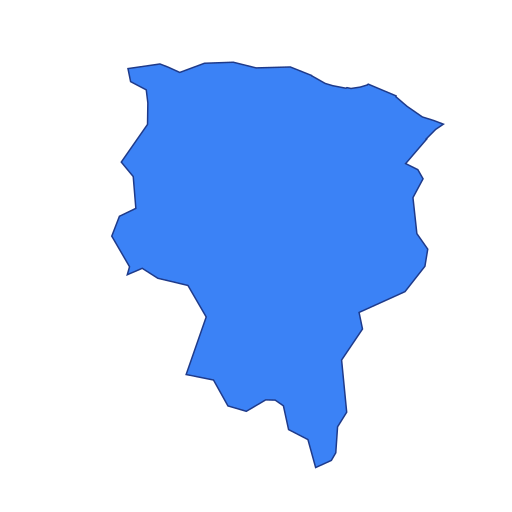 outline of Magherafelt, rotated 283°
{"feature_id": "GBR-2093", "entity_name": "Magherafelt", "entity_type": "District", "adm_level": 1, "iso_a3": "GBR", "parent_name": "United Kingdom", "parent_adm1": "", "projection": "mercator", "projection_center": [-6.651, 54.82], "detail": "fine", "context": "isolated", "style": "filled", "palette": "blue", "viewbox_px": 512, "rotation_deg": 283, "n_neighbors": 0, "source": "natural_earth", "source_scale": "10m", "svg_char_len": 1015}
<svg xmlns="http://www.w3.org/2000/svg" viewBox="0 0 512 512"><g transform="rotate(283 256 256)"><path d="M94.2,326.8L116.2,316.4L119.9,307.1L118.0,297.8L102.5,281.5L103.6,262.4L125.6,242.5L124.8,214.6L185.4,221.2L212.0,196.3L212.2,165.4L218.4,147.9L208.8,134.8L217.1,135.2L242.9,111.0L264.0,114.0L275.4,128.2L305.8,118.5L317.2,103.6L359.8,120.7L380.8,116.2L393.2,111.7L397.7,94.6L409.8,89.1L421.5,119.2L420.2,128.2L417.7,140.4L432.2,162.4L439.7,190.3L439.3,213.8L447.9,246.9L444.4,269.6L444.0,269.8L444.0,270.1L439.7,284.6L439.2,292.4L439.7,305.9L440.5,306.7L440.6,310.9L444.0,319.5L447.7,326.0L448.0,326.0L448.7,326.7L443.5,356.5L442.6,356.5L435.8,369.5L428.9,386.8L428.0,398.8L426.6,408.9L419.8,402.6L408.4,395.5L408.3,396.0L407.2,395.4L379.7,381.0L376.5,394.3L368.8,401.4L348.2,395.8L314.0,407.7L301.3,421.8L284.0,422.9L254.8,409.2L224.2,369.1L208.8,376.2L173.9,362.8L124.2,379.5L107.9,373.9L82.2,378.0L73.8,375.4L63.3,361.7L88.8,347.9L94.2,326.8Z" fill="#3b82f6" stroke="#1e3a8a" stroke-width="1.5"/></g></svg>